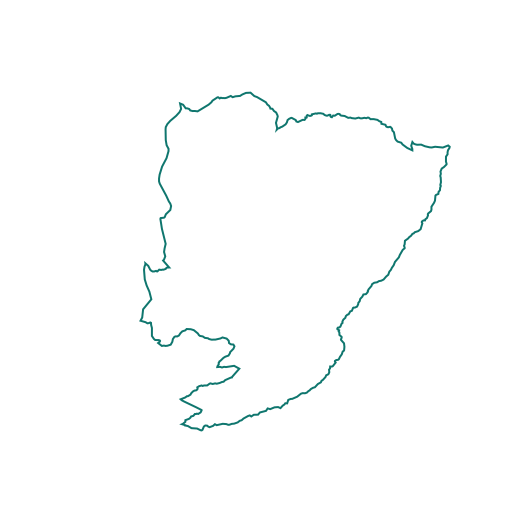 outline of Chillanes, Bolivar, Ecuador, rotated 26°
{"feature_id": "8360857B60313806039355", "entity_name": "Chillanes", "entity_type": "district", "adm_level": 2, "iso_a3": "ECU", "parent_name": "Ecuador", "parent_adm1": "Bolivar", "projection": "orthographic", "projection_center": [-79.115, -2.033], "detail": "fine", "context": "isolated", "style": "outline", "palette": "teal", "viewbox_px": 512, "rotation_deg": 26, "n_neighbors": 0, "source": "geoboundaries", "source_scale": "gbopen_adm2", "svg_char_len": 6088}
<svg xmlns="http://www.w3.org/2000/svg" viewBox="0 0 512 512"><g transform="rotate(26 256 256)"><path d="M375.2,313.4L375.7,312.5L375.7,309.8L376.2,306.8L375.8,303.8L376.4,302.9L376.5,302.1L375.3,298.9L373.4,295.9L369.3,294.2L368.9,293.7L368.8,291.9L368.3,291.1L365.6,290.4L364.4,288.1L363.4,287.6L363.3,286.3L361.5,286.2L361.0,285.9L360.9,285.0L361.1,284.4L362.1,283.8L362.8,282.5L362.6,279.3L363.1,278.2L362.4,277.0L362.4,274.9L363.4,272.4L363.1,270.6L363.9,268.6L364.8,267.8L365.0,264.5L366.2,263.2L366.0,260.1L366.3,259.6L367.5,259.0L369.0,257.2L369.0,254.6L368.5,253.2L369.0,251.3L368.5,248.8L369.4,245.9L369.4,243.5L371.5,242.1L372.2,239.8L372.1,238.5L371.8,238.4L371.8,236.6L372.9,232.4L372.7,230.4L374.0,228.2L376.4,226.5L377.5,224.7L379.4,223.3L381.0,221.2L382.0,217.4L383.1,214.9L382.7,211.6L383.3,209.4L383.3,207.0L383.8,204.0L383.5,200.4L385.0,194.6L384.8,192.0L385.2,186.1L386.2,183.9L385.8,183.1L384.6,182.0L384.5,180.4L383.2,177.0L385.0,173.7L385.4,172.0L386.5,169.8L386.9,167.5L387.8,166.6L388.3,165.0L390.9,162.5L392.2,159.7L391.2,153.7L390.2,153.0L390.0,152.3L390.9,150.6L392.3,149.9L392.1,148.8L393.0,147.0L392.8,144.1L392.1,143.1L392.1,142.3L393.6,139.0L393.4,137.5L392.1,134.8L392.7,130.1L392.6,127.8L390.8,123.0L391.1,122.1L392.7,120.3L392.0,118.4L392.5,116.2L391.6,114.0L391.4,112.0L390.5,111.4L389.9,108.6L387.6,104.5L386.5,103.3L386.1,101.1L384.8,99.2L384.6,96.0L385.9,93.7L387.1,90.2L386.9,89.6L385.3,87.8L383.2,83.4L383.6,80.6L382.7,78.8L382.2,76.8L382.5,74.0L382.2,72.9L380.3,72.4L376.4,76.6L369.1,79.3L366.4,81.4L364.5,82.2L359.7,83.3L355.6,83.5L352.0,85.4L350.2,85.8L348.6,85.9L346.6,85.0L347.2,88.9L349.6,91.3L350.2,92.5L344.6,92.6L338.8,91.5L336.9,90.5L333.1,91.1L331.1,90.4L329.6,89.4L325.7,84.3L323.6,83.5L322.4,81.9L320.8,81.2L319.9,81.1L318.7,82.1L317.5,82.6L316.2,82.5L314.8,81.3L310.8,82.2L309.8,80.6L307.8,80.8L305.5,80.4L301.7,81.4L299.0,82.8L296.7,82.3L295.9,82.5L294.7,83.8L292.8,84.3L290.8,85.9L289.4,86.5L287.7,86.6L285.0,88.9L281.6,90.1L280.2,90.2L278.3,91.4L274.3,91.3L270.9,92.5L269.7,92.3L269.0,91.8L268.0,92.0L267.0,92.6L265.3,95.4L263.8,95.9L263.4,98.0L262.6,98.2L261.7,97.9L261.2,96.8L260.8,96.6L259.9,97.0L258.6,98.6L257.8,99.0L255.8,99.2L254.2,98.7L251.4,99.4L248.9,100.7L248.4,101.4L247.3,101.6L244.1,104.2L244.5,105.1L243.7,106.1L242.6,106.6L240.4,106.8L240.1,107.8L240.8,109.2L239.7,109.9L240.3,110.6L240.0,112.4L238.2,113.2L235.0,117.2L233.3,117.4L232.1,116.4L227.7,116.2L227.1,116.4L225.7,118.1L224.8,120.0L225.2,122.4L224.9,124.7L222.9,128.2L221.5,129.7L221.1,130.7L219.9,131.6L219.3,133.3L219.0,131.8L215.6,127.6L214.4,121.1L213.6,120.1L211.2,118.2L208.6,117.8L206.2,116.5L204.3,117.2L203.6,116.4L201.9,115.3L199.8,114.9L197.5,113.5L187.3,112.7L184.4,113.0L179.5,111.6L175.5,113.8L172.9,116.8L171.5,119.1L167.4,121.6L165.4,123.5L163.2,123.2L160.2,126.7L159.1,127.6L156.1,129.0L155.1,129.1L154.3,130.3L152.6,129.9L151.8,130.3L148.8,135.4L148.5,137.4L147.1,140.7L140.1,151.6L137.4,152.5L135.5,153.5L133.1,154.0L131.6,153.2L129.6,153.4L128.1,154.1L124.2,152.0L120.9,152.2L124.2,156.6L124.2,160.2L122.8,165.0L119.7,172.1L118.5,176.3L118.4,179.7L119.2,181.8L124.1,191.4L127.1,195.6L130.4,198.0L131.4,200.1L132.7,207.3L132.4,216.8L133.7,225.1L134.9,228.9L136.2,231.5L137.8,233.2L148.8,241.1L153.8,245.2L155.9,246.4L157.8,248.3L158.8,252.2L156.7,258.0L156.9,261.1L156.5,261.9L153.7,263.7L153.8,264.6L159.6,272.9L169.5,284.7L170.5,289.2L171.6,292.7L174.6,296.1L174.9,299.6L174.5,300.8L183.0,304.4L181.4,305.2L180.7,306.0L180.5,307.2L178.8,308.9L178.0,309.2L176.9,310.1L175.0,310.7L174.1,313.1L173.8,313.3L172.7,313.2L171.3,314.5L170.0,315.2L168.5,315.2L166.9,314.7L163.5,312.1L159.8,311.1L160.2,311.7L160.5,314.6L161.4,317.5L166.3,325.8L170.6,330.4L175.8,334.8L180.9,340.8L177.9,353.4L180.7,361.2L180.6,364.8L185.8,363.9L187.9,364.1L189.1,363.3L190.1,362.1L190.9,362.1L192.0,364.0L194.0,366.3L197.5,373.5L200.6,375.3L202.2,375.7L205.5,374.2L206.6,374.1L207.0,374.4L207.1,375.1L206.2,377.1L210.8,378.1L212.5,376.9L214.1,376.5L215.7,375.5L218.2,373.1L218.4,369.8L217.7,367.1L218.1,364.5L218.8,363.6L220.5,362.8L221.6,361.2L221.9,358.6L222.8,356.0L225.0,353.9L225.7,352.0L229.5,350.4L232.6,349.9L237.7,351.1L239.3,352.1L240.7,352.4L243.4,351.6L245.9,352.0L248.9,351.0L250.2,351.2L252.7,350.7L256.2,348.9L260.2,345.7L261.6,343.9L265.8,343.1L268.6,344.1L270.0,346.1L272.2,346.4L274.5,345.5L276.2,346.6L276.4,349.2L274.9,353.8L275.2,354.9L274.9,357.6L272.6,359.9L271.4,361.8L270.0,365.7L269.3,366.9L269.5,367.7L269.3,368.5L270.0,369.6L269.7,372.0L269.9,372.8L272.3,371.4L274.3,371.1L275.9,369.6L277.7,369.0L284.5,364.3L290.4,364.6L287.5,375.2L287.6,375.7L286.7,376.3L282.7,381.1L282.0,383.2L280.6,384.2L279.1,386.0L276.7,388.0L275.1,388.4L273.2,390.0L270.8,390.5L270.2,391.2L268.9,393.7L266.0,395.2L265.0,396.2L263.9,396.2L262.0,397.9L260.8,399.8L261.7,400.9L261.7,401.8L261.0,403.1L259.7,403.9L258.7,405.4L257.9,407.9L257.9,409.3L256.3,411.8L255.4,412.3L254.4,414.2L251.1,417.8L252.4,418.2L255.0,418.3L268.5,418.2L274.6,418.3L274.8,418.6L274.8,420.8L273.3,423.3L272.0,423.6L271.3,424.4L270.3,424.8L269.8,427.1L268.0,428.7L267.9,430.1L267.2,431.7L264.5,434.5L265.2,436.0L263.9,438.9L263.3,439.6L266.5,439.1L266.6,439.4L269.3,438.7L273.5,439.0L278.7,436.9L282.5,436.9L283.6,436.6L284.1,435.7L283.9,432.1L284.7,430.6L286.4,429.9L288.0,430.3L289.3,430.2L291.9,427.5L292.8,425.2L294.8,425.3L299.7,421.4L303.0,420.1L305.0,419.9L306.1,419.3L307.8,417.5L309.8,416.3L312.5,413.6L313.6,411.3L315.1,409.9L316.0,407.6L319.0,403.3L320.3,402.0L322.1,402.3L323.6,399.7L327.4,397.7L328.1,394.9L332.9,390.8L333.3,387.9L335.9,387.4L339.0,383.9L342.1,382.1L344.7,382.0L345.6,378.8L346.6,377.1L346.9,375.5L348.6,374.8L348.1,371.2L349.8,369.3L351.2,368.5L354.7,364.4L356.8,360.0L358.1,358.8L360.2,357.9L361.6,356.5L362.3,354.5L363.1,353.3L363.6,351.6L365.0,349.5L366.5,348.1L367.7,344.0L369.7,341.1L369.6,339.4L370.4,338.1L371.5,334.4L371.4,332.4L372.6,331.0L372.9,330.2L372.8,328.3L371.5,326.2L371.8,324.5L371.1,322.8L372.7,322.1L373.3,321.4L374.3,316.9L373.2,316.3L373.0,315.6L373.8,314.3L375.2,313.4Z" fill="none" stroke="#0f766e" stroke-width="2"/></g></svg>